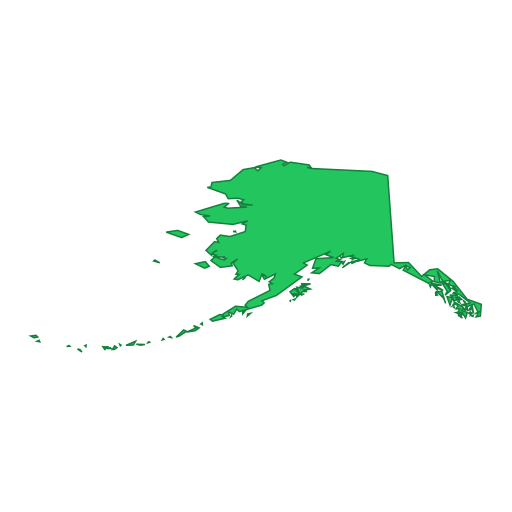 map outline of Alaska (Natural Earth projection)
{"feature_id": "USA-3563", "entity_name": "Alaska", "entity_type": "State", "adm_level": 1, "iso_a3": "USA", "parent_name": "United States of America", "parent_adm1": "", "projection": "natural_earth1", "projection_center": [-152.163, 61.314], "detail": "fine", "context": "isolated", "style": "filled", "palette": "green", "viewbox_px": 512, "rotation_deg": 0, "n_neighbors": 0, "source": "natural_earth", "source_scale": "10m", "svg_char_len": 6172}
<svg xmlns="http://www.w3.org/2000/svg" viewBox="0 0 512 512"><path d="M387.7,175.6L394.1,262.9L408.5,262.5L421.6,276.5L429.6,269.8L437.7,268.8L453.2,281.4L467.1,299.2L481.3,304.3L480.4,316.1L476.0,316.9L479.1,311.8L474.7,313.9L478.0,312.2L474.0,304.0L467.3,306.5L467.3,310.1L465.6,309.2L466.6,303.6L469.5,303.4L470.2,302.9L459.1,294.3L453.2,293.4L453.7,292.4L455.4,292.4L456.9,291.9L457.0,291.6L452.0,288.3L452.6,288.1L456.8,290.2L457.1,290.1L452.5,286.2L455.8,286.8L448.4,284.6L450.2,280.2L442.8,281.6L437.3,271.0L440.4,283.0L434.0,281.6L434.6,276.5L424.7,274.9L433.1,281.5L428.4,283.2L403.2,270.2L405.8,265.9L407.4,269.9L410.2,267.6L405.4,265.3L399.6,268.7L391.3,264.4L389.2,266.2L369.8,265.5L364.5,262.9L366.7,258.9L356.9,261.4L359.2,259.3L356.0,258.1L352.8,259.2L351.2,258.6L355.6,257.7L350.7,256.6L354.2,255.0L342.4,257.7L343.3,253.5L336.1,258.2L340.0,259.7L337.8,260.2L336.3,261.4L342.0,261.4L338.3,266.2L331.0,264.6L319.4,273.6L311.7,272.8L319.1,268.0L312.5,268.3L316.0,258.7L333.7,257.6L325.9,254.7L330.6,251.2L303.4,262.9L307.2,265.1L294.4,274.1L301.9,276.9L276.5,295.4L261.9,300.8L264.2,302.8L261.8,305.1L239.4,311.6L236.8,309.0L233.6,314.2L228.7,312.1L229.2,315.5L223.0,317.0L223.2,313.9L235.6,306.2L247.6,307.4L245.1,305.2L248.3,301.3L270.0,290.4L268.7,284.3L272.3,283.7L269.2,281.8L274.0,278.1L275.3,274.0L264.4,279.3L262.3,275.6L264.7,275.4L265.8,276.7L266.0,276.4L265.0,275.2L262.0,273.8L259.1,281.4L248.2,274.9L237.7,279.8L234.2,279.0L239.0,274.4L236.0,274.3L238.1,270.7L233.0,263.0L237.6,259.0L231.1,263.2L232.3,265.8L220.4,267.4L210.9,260.5L214.9,256.8L224.0,260.1L226.2,258.5L222.3,257.6L225.1,257.0L213.1,256.7L216.3,255.1L211.9,254.1L213.0,253.6L213.6,252.1L214.2,252.1L215.0,251.5L216.0,251.4L217.0,250.2L214.2,251.6L212.5,252.9L213.0,253.5L211.7,254.0L211.7,255.5L206.0,250.4L214.6,241.6L218.6,242.5L216.7,238.6L220.3,235.1L230.0,236.5L245.2,231.6L246.2,225.2L242.2,223.9L247.8,220.8L233.1,224.4L208.5,222.1L203.5,216.6L210.2,216.0L200.5,214.5L195.5,212.0L223.9,203.4L227.8,203.3L228.5,203.7L224.2,207.1L227.8,208.2L246.9,207.1L240.7,206.4L236.9,200.1L242.7,204.7L252.7,205.1L243.7,204.0L240.9,202.1L243.7,199.8L237.9,198.2L228.2,198.7L225.6,194.0L207.3,187.4L211.0,186.9L212.0,182.5L230.4,180.4L243.1,169.6L256.7,167.2L254.9,168.3L257.7,170.8L261.2,167.7L255.5,166.9L280.9,160.0L286.9,162.3L282.7,164.3L284.1,165.7L290.3,162.2L309.1,164.9L310.9,167.3L307.1,167.5L311.5,168.5L372.0,171.4L387.7,175.6ZM310.3,289.0L304.1,290.1L307.0,291.5L302.5,291.7L296.2,297.7L298.2,293.9L295.4,295.6L296.5,294.0L294.3,293.7L292.4,294.1L295.4,294.1L293.8,296.6L290.0,291.8L294.5,288.5L296.1,288.8L295.4,289.8L296.7,289.9L297.0,291.2L298.1,292.2L299.0,292.5L296.8,287.2L302.5,288.2L303.5,287.0L301.7,285.2L310.3,289.0ZM467.3,312.4L465.6,318.0L462.3,312.6L457.8,312.3L459.8,308.8L456.1,308.8L457.7,306.4L456.5,303.7L453.6,301.6L462.7,306.9L465.9,310.5L462.8,308.9L461.7,310.6L467.3,312.4ZM188.7,234.4L181.6,237.6L166.2,232.1L177.7,230.4L188.7,234.4ZM437.7,290.6L430.8,283.2L441.9,285.1L434.5,285.4L443.2,290.3L435.3,287.7L437.7,290.6ZM209.3,266.3L204.6,268.2L195.4,263.7L205.3,261.6L209.3,266.3ZM450.7,290.6L445.2,295.1L447.2,291.3L441.2,281.4L443.5,283.7L447.5,283.7L451.0,289.4L446.5,284.4L450.7,290.6ZM441.9,291.3L445.6,303.4L443.7,298.3L436.8,291.7L441.9,291.3ZM225.0,318.3L212.5,321.2L210.2,319.3L219.9,314.5L221.7,314.7L222.9,317.4L225.0,318.3ZM472.1,305.5L473.6,313.3L471.9,308.7L468.4,310.5L472.1,305.5ZM449.8,295.0L457.3,295.4L458.5,298.8L455.2,296.8L457.5,299.9L453.4,300.7L452.6,296.7L449.8,295.0ZM199.1,327.9L195.3,330.7L186.6,332.1L195.9,328.0L193.6,325.6L199.1,327.9ZM302.1,283.7L310.6,283.9L305.4,285.4L302.1,283.7ZM452.4,297.5L450.0,305.1L447.0,296.7L452.4,297.5ZM186.6,331.3L179.0,336.2L176.2,337.1L183.7,329.9L186.6,331.3ZM135.6,341.2L133.4,345.0L126.0,345.3L135.6,341.2ZM461.4,304.6L465.6,304.1L465.5,305.8L461.4,304.6ZM348.9,262.5L349.6,262.8L342.3,267.8L348.9,262.5ZM37.7,337.0L34.1,337.8L30.7,336.0L36.0,335.3L37.7,337.0ZM117.0,347.6L114.6,349.3L112.4,349.5L114.6,345.9L117.0,347.6ZM462.3,318.1L458.6,315.6L458.1,312.8L458.6,312.6L462.3,318.1ZM464.9,301.6L465.8,303.9L463.0,300.3L464.9,301.6ZM459.0,298.8L459.3,297.2L461.7,299.4L458.8,300.1L459.0,298.8ZM107.6,346.9L104.8,349.5L102.9,346.7L107.6,346.9ZM458.8,300.6L459.8,302.8L457.9,301.7L458.8,300.6ZM435.5,292.0L437.4,295.1L435.8,295.3L435.5,292.0ZM355.1,261.9L352.0,263.4L351.1,262.1L352.1,261.1L355.1,261.9ZM136.3,344.2L145.0,344.5L140.7,345.2L136.3,344.2ZM245.0,311.2L242.8,313.9L242.7,311.8L245.0,311.2ZM452.6,305.7L453.8,303.8L456.3,303.7L452.6,305.7ZM154.8,260.0L159.8,262.8L153.7,261.0L154.8,260.0ZM242.4,279.9L244.9,277.7L245.6,277.3L242.4,279.9ZM110.2,347.7L111.1,348.5L106.8,348.5L110.2,347.7ZM202.2,322.9L202.4,324.8L200.8,324.0L202.2,322.9ZM472.2,313.1L470.4,315.0L470.7,312.4L472.2,313.1ZM300.7,294.4L304.4,294.0L302.2,294.4L301.7,295.2L300.7,294.4ZM342.2,263.0L344.4,261.6L343.1,264.2L342.2,263.0ZM247.7,313.9L250.6,313.3L247.3,316.2L247.7,313.9ZM79.8,349.4L82.0,352.0L77.5,349.1L79.8,349.4ZM69.1,345.5L69.8,346.2L66.7,346.5L69.1,345.5ZM468.7,313.1L470.0,312.1L469.5,313.7L468.7,313.1ZM444.7,283.1L444.3,282.0L446.8,283.4L444.7,283.1ZM39.1,340.3L39.8,341.8L37.0,341.3L39.1,340.3ZM431.1,285.2L430.4,286.9L429.5,284.7L431.1,285.2ZM86.1,345.1L85.9,346.7L84.8,345.7L86.1,345.1ZM354.0,261.3L358.1,260.2L356.0,261.1L354.0,261.3ZM301.9,284.5L301.8,283.9L304.7,285.4L301.9,284.5ZM307.7,280.7L308.1,279.2L308.9,279.2L307.7,280.7ZM290.7,299.9L290.4,301.2L290.0,300.9L290.7,299.9ZM148.4,341.9L150.4,342.2L147.8,342.8L148.4,341.9ZM235.2,231.0L235.7,231.9L233.1,231.6L235.2,231.0ZM454.1,306.8L454.8,308.2L453.6,307.2L454.1,306.8ZM163.1,338.5L164.0,339.4L162.3,339.9L163.1,338.5ZM302.3,287.2L301.4,286.7L299.7,286.0L301.4,286.1L302.3,287.2ZM461.7,315.2L460.9,313.2L462.3,314.6L461.7,315.2ZM170.4,336.5L171.3,337.6L169.1,337.1L170.4,336.5ZM295.2,299.0L294.5,300.1L293.4,299.7L295.2,299.0ZM473.3,315.2L472.9,316.5L471.6,315.9L473.3,315.2ZM230.8,316.7L231.5,315.2L231.7,316.1L230.8,316.7ZM341.2,258.2L340.6,256.9L342.1,257.8L341.2,258.2ZM456.0,312.6L457.8,312.4L457.1,313.1L456.0,312.6ZM120.3,345.8L119.7,344.3L121.0,345.1L120.3,345.8Z" fill="#22c55e" stroke="#15803d" stroke-width="1.5"/></svg>